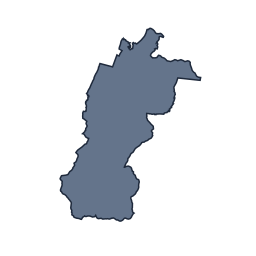 Cotofanesti, Bacau, Romania, rotated 337°
{"feature_id": "2599482B84293902870266", "entity_name": "Cotofanesti", "entity_type": "district", "adm_level": 2, "iso_a3": "ROU", "parent_name": "Romania", "parent_adm1": "Bacau", "projection": "natural_earth1", "projection_center": [26.959, 46.124], "detail": "fine", "context": "isolated", "style": "filled", "palette": "slate", "viewbox_px": 256, "rotation_deg": 337, "n_neighbors": 0, "source": "geoboundaries", "source_scale": "gbopen_adm2", "svg_char_len": 5762}
<svg xmlns="http://www.w3.org/2000/svg" viewBox="0 0 256 256"><g transform="rotate(337 128 128)"><path d="M112.1,189.4L113.9,187.8L114.9,186.5L115.0,185.7L116.1,183.6L117.2,182.2L117.4,181.5L117.6,180.0L117.5,179.6L116.3,178.6L116.0,177.6L115.9,176.1L116.1,175.3L116.1,174.1L115.5,173.3L115.2,171.7L115.9,170.6L115.7,170.1L115.1,169.5L115.3,169.0L115.2,167.8L115.4,167.2L115.4,166.8L115.5,166.3L115.2,165.1L113.8,163.5L113.2,163.1L111.3,162.7L109.5,162.8L109.3,162.6L112.5,159.6L114.2,158.7L115.3,157.5L115.7,156.5L116.1,155.9L116.9,155.7L118.9,154.4L120.2,153.1L121.0,152.7L123.3,152.2L126.0,150.2L126.9,149.7L129.3,149.1L131.8,148.7L134.3,147.4L134.9,146.8L135.8,146.8L137.4,147.3L138.9,146.9L140.5,147.1L141.9,146.9L142.6,146.5L145.2,146.4L146.0,146.0L147.7,144.7L147.8,144.6L147.6,144.0L148.8,142.0L148.7,141.5L148.4,140.9L148.3,139.9L149.1,139.3L151.1,138.8L151.9,136.2L150.6,133.2L150.3,132.0L149.0,128.5L149.2,127.4L149.1,125.9L149.8,124.6L150.1,124.4L150.0,124.0L150.9,121.9L152.8,122.9L153.3,123.4L153.8,123.4L155.6,124.8L157.6,125.3L157.9,125.7L157.8,126.0L159.0,126.6L159.3,126.2L162.9,127.5L166.2,129.2L166.7,129.1L166.9,128.6L167.5,128.4L170.0,129.0L170.5,128.5L171.5,128.5L171.8,128.7L172.0,128.1L172.7,128.8L173.1,128.6L172.9,128.1L173.1,128.1L173.5,127.6L173.2,127.5L173.4,126.8L175.1,126.2L176.1,126.2L176.4,125.6L176.2,125.2L179.2,123.5L178.8,123.2L179.1,122.8L179.6,122.0L180.5,121.4L181.7,120.1L182.8,118.7L182.1,118.3L184.4,115.5L184.6,115.5L185.0,113.8L184.8,113.1L184.9,112.8L184.7,112.3L185.2,111.8L185.8,109.7L185.8,109.2L186.4,108.1L190.2,105.1L193.4,101.4L213.0,112.3L214.6,109.9L212.7,108.8L211.4,107.2L211.1,103.5L210.2,102.2L209.6,100.1L209.9,97.3L210.0,94.6L210.3,93.1L210.9,91.9L210.5,90.6L209.3,89.5L206.3,89.1L205.2,87.6L203.4,85.8L200.0,85.5L199.0,84.3L197.8,83.4L195.6,83.6L193.3,83.5L190.2,81.4L189.5,79.5L188.8,78.0L186.6,75.9L186.4,74.8L185.7,73.8L184.5,73.0L182.1,74.4L180.5,74.1L178.0,73.0L177.0,70.5L177.2,70.2L177.1,69.8L178.5,68.5L181.2,67.5L181.8,67.6L183.5,66.7L183.6,66.4L183.4,65.7L184.7,65.6L185.7,66.6L185.9,66.6L186.2,66.0L186.8,65.4L187.2,64.3L187.1,64.1L187.0,63.3L188.2,62.4L188.3,60.6L187.6,60.7L188.4,59.9L190.2,59.3L190.9,58.6L191.1,58.6L191.4,58.3L192.0,56.9L192.4,56.3L193.4,56.3L194.4,56.8L194.9,57.6L195.3,57.7L195.7,58.3L195.9,58.3L196.6,57.5L195.7,54.8L195.0,53.7L192.3,52.9L192.0,52.6L191.1,52.2L190.5,51.1L190.2,49.0L189.6,47.7L189.4,47.1L187.9,45.2L187.3,44.9L186.6,44.8L186.1,44.9L185.6,45.3L185.3,45.4L184.6,44.9L184.0,44.8L181.8,47.5L179.4,49.7L178.4,50.3L174.4,52.3L170.8,53.5L168.8,54.0L168.1,53.2L168.1,52.8L166.9,52.5L166.4,51.7L166.3,51.4L166.0,51.4L165.6,51.9L165.1,52.1L165.0,53.1L165.2,53.4L165.1,53.7L163.3,56.7L162.8,56.7L162.5,56.4L160.6,56.8L160.6,56.2L160.3,55.7L159.8,54.2L159.8,53.3L160.4,53.3L160.5,53.6L160.4,54.1L161.1,53.4L161.4,53.3L161.6,53.9L161.4,54.4L161.5,54.7L161.7,54.8L161.9,54.7L162.4,53.4L161.8,53.3L162.3,52.3L162.4,51.6L162.2,51.5L162.5,51.0L162.7,50.5L162.9,50.4L161.7,50.0L162.1,49.5L161.9,49.1L160.2,46.9L160.3,46.5L160.1,46.4L160.1,45.8L159.6,45.4L159.3,44.6L159.1,44.6L159.0,44.8L158.7,44.8L158.9,44.0L158.5,44.6L158.1,44.2L158.3,43.8L157.8,44.0L157.6,43.9L157.1,44.3L155.6,45.4L153.5,48.3L151.6,50.3L150.7,51.8L152.7,54.5L149.6,56.6L147.9,58.2L147.0,57.4L146.4,56.4L137.7,65.7L127.4,57.7L126.5,58.6L125.4,60.1L124.7,60.4L124.5,61.0L124.0,61.4L123.8,62.1L123.4,62.4L120.7,64.8L119.7,65.4L118.2,66.7L116.5,68.3L116.1,69.1L115.1,70.1L113.6,71.2L112.9,72.1L112.1,72.6L108.2,76.4L107.3,76.9L105.4,78.5L104.8,79.3L103.3,80.1L104.2,82.5L103.8,82.3L103.7,82.5L103.5,82.4L103.4,82.5L103.9,83.1L103.8,83.4L104.0,83.6L103.7,83.8L103.7,84.0L103.4,83.9L103.0,84.2L103.0,84.4L102.7,84.9L102.7,85.2L101.9,86.1L102.0,86.3L101.7,86.5L101.3,86.3L100.9,86.3L100.9,86.5L101.1,86.6L100.9,86.7L100.6,86.5L100.3,87.0L99.7,87.1L99.4,87.3L99.4,87.7L99.1,87.7L98.9,88.0L98.9,88.5L98.6,88.8L98.5,89.5L98.6,90.3L98.6,90.5L98.4,91.3L98.1,92.1L97.4,92.6L97.6,92.9L96.1,95.9L95.7,95.7L95.0,96.1L93.5,95.2L92.1,96.6L91.8,97.7L90.9,99.3L90.2,101.5L91.1,102.6L92.7,105.7L91.3,107.2L91.1,107.8L91.2,110.2L90.6,110.8L88.9,112.0L88.3,113.0L88.2,113.5L87.3,113.8L86.7,114.5L84.0,115.5L84.7,116.0L85.1,116.6L85.3,117.4L85.6,119.7L85.9,120.2L87.0,121.7L87.7,122.2L87.3,122.7L85.8,124.4L85.1,124.7L83.7,126.3L82.0,126.1L78.2,127.5L73.4,128.6L71.5,129.5L70.4,130.3L71.4,132.6L71.4,133.4L71.2,134.2L70.7,135.0L69.0,136.5L68.0,137.8L66.6,138.9L64.7,139.2L64.5,139.5L64.4,141.3L63.3,142.2L61.8,143.0L61.4,143.7L60.5,144.3L59.5,144.9L57.3,145.4L54.5,147.4L52.3,147.1L48.5,146.0L48.1,146.0L46.9,147.0L46.2,147.6L45.7,148.2L45.7,149.0L46.6,151.4L45.5,153.3L45.4,154.1L44.7,155.3L42.1,158.1L41.6,158.7L41.4,159.6L41.4,159.9L41.9,160.4L42.0,162.1L42.5,163.4L43.6,164.3L44.6,166.1L44.9,167.9L45.4,168.9L45.6,170.1L46.0,171.2L46.6,173.8L46.6,174.8L44.1,179.2L43.9,180.4L44.1,181.5L44.0,182.1L43.1,183.5L43.3,184.1L43.1,184.7L42.4,186.0L43.5,187.5L43.3,188.4L43.6,188.8L43.6,189.2L45.3,190.8L47.7,192.3L48.7,193.4L49.5,193.9L51.3,192.5L53.3,192.2L53.7,192.0L54.0,192.5L54.7,193.1L56.7,193.3L58.6,194.2L60.6,196.1L62.7,196.6L63.0,196.5L64.1,195.8L64.1,197.3L64.4,198.9L64.8,199.4L65.4,199.9L68.0,200.6L69.2,202.0L71.9,202.8L72.5,203.2L73.6,203.4L75.0,204.4L75.5,204.6L76.6,204.7L77.3,204.5L77.7,204.8L79.3,205.0L80.2,206.0L81.2,207.8L81.6,208.2L82.5,208.6L82.9,209.0L83.7,210.2L84.8,210.8L85.7,210.9L87.2,210.7L89.0,209.8L89.7,209.7L90.7,210.1L91.4,211.0L92.6,211.9L93.1,212.1L94.8,212.2L96.4,211.3L97.3,210.4L99.4,208.9L100.3,208.7L99.6,207.6L99.5,207.1L99.5,206.6L100.0,205.2L99.9,204.2L100.9,203.0L102.7,199.0L102.5,198.1L103.0,195.8L103.0,194.1L103.2,193.5L103.8,192.7L104.3,192.5L105.9,192.5L108.8,191.6L109.8,190.9L110.9,189.8L112.1,189.4Z" fill="#64748b" stroke="#1e293b" stroke-width="1.5"/></g></svg>